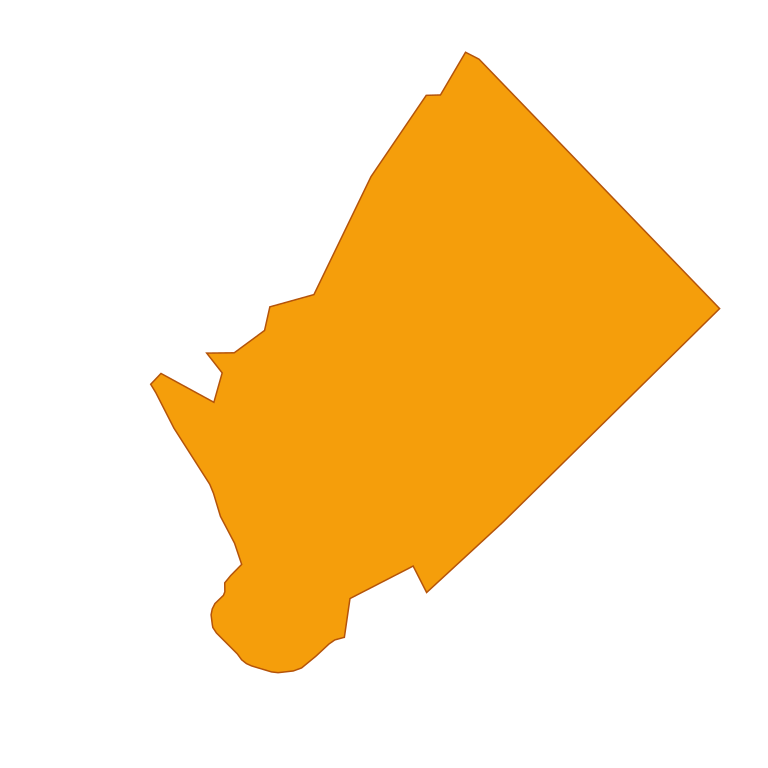 outline of Carlisle, Kentucky, United States of America, rotated 316°
{"feature_id": "52423323B12449706455723", "entity_name": "Carlisle", "entity_type": "district", "adm_level": 2, "iso_a3": "USA", "parent_name": "United States of America", "parent_adm1": "Kentucky", "projection": "natural_earth1", "projection_center": [-89.084, 36.863], "detail": "fine", "context": "isolated", "style": "filled", "palette": "amber", "viewbox_px": 768, "rotation_deg": 316, "n_neighbors": 0, "source": "geoboundaries", "source_scale": "gbopen_adm2", "svg_char_len": 774}
<svg xmlns="http://www.w3.org/2000/svg" viewBox="0 0 768 768"><g transform="rotate(316 384 384)"><path d="M673.1,202.0L625.4,215.3L614.9,205.7L518.7,225.8L395.7,271.0L355.5,249.2L335.3,262.5L297.9,257.5L277.9,238.6L275.3,263.6L248.9,279.0L230.9,221.5L216.0,222.1L213.8,231.8L202.2,269.9L189.0,335.1L185.4,344.2L174.4,365.6L165.9,394.7L156.3,414.9L140.7,415.3L131.3,416.4L125.2,422.9L121.7,424.5L109.9,424.5L104.2,426.5L99.3,429.9L93.3,437.9L91.7,440.3L90.5,446.7L91.0,476.3L90.0,483.5L90.8,489.5L92.9,494.8L96.7,501.6L103.1,513.0L107.3,518.1L119.4,527.4L127.5,531.0L146.2,532.5L163.9,532.8L170.8,533.9L179.4,538.6L179.5,538.7L210.5,514.7L278.5,535.2L269.8,563.6L374.2,566.0L677.8,562.9L678.0,216.4L673.1,202.0Z" fill="#f59e0b" stroke="#b45309" stroke-width="1.5"/></g></svg>